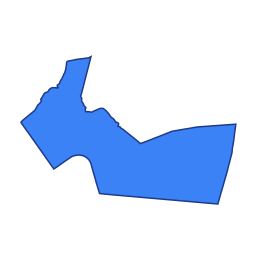 Suba North, Nyanza, Kenya, rotated 185°
{"feature_id": "3690345B53890832325743", "entity_name": "Suba North", "entity_type": "district", "adm_level": 2, "iso_a3": "KEN", "parent_name": "Kenya", "parent_adm1": "Nyanza", "projection": "albers", "projection_center": [34.283, -0.505], "detail": "fine", "context": "isolated", "style": "filled", "palette": "blue", "viewbox_px": 256, "rotation_deg": 185, "n_neighbors": 0, "source": "geoboundaries", "source_scale": "gbopen_adm2", "svg_char_len": 2861}
<svg xmlns="http://www.w3.org/2000/svg" viewBox="0 0 256 256"><g transform="rotate(185 128 128)"><path d="M31.9,60.1L25.5,92.8L24.4,99.6L23.2,106.8L22.3,112.0L22.2,117.3L21.6,124.2L21.3,133.6L20.9,141.2L58.9,135.1L65.0,133.5L70.1,132.2L83.8,128.6L88.2,126.4L98.0,121.5L106.3,117.4L114.1,113.6L132.5,126.0L133.6,126.6L134.6,127.1L135.3,127.4L135.7,128.2L136.5,128.6L138.1,128.7L138.0,129.7L137.7,130.6L137.7,131.4L138.3,132.2L139.3,132.6L140.1,132.8L141.1,132.9L141.5,133.8L142.3,134.9L143.5,136.0L146.0,137.5L147.7,139.7L148.9,141.0L151.2,143.2L154.3,145.3L155.8,145.3L157.2,145.1L158.6,144.5L160.2,143.6L161.1,143.2L162.7,142.3L164.2,141.5L165.2,140.8L166.1,140.4L166.7,140.6L167.5,140.8L168.4,140.8L169.3,140.8L170.2,140.6L171.0,140.5L171.6,140.6L171.7,141.0L171.8,141.5L172.1,142.1L172.3,142.7L172.0,143.6L171.7,144.6L172.2,145.0L172.6,145.4L173.4,146.0L174.0,147.0L174.4,147.9L174.7,148.4L174.9,148.8L175.3,149.1L175.5,149.4L175.8,149.9L176.3,150.5L176.7,151.3L176.6,152.4L176.7,153.0L176.8,153.7L177.0,154.1L177.4,154.5L177.8,155.3L178.1,156.1L177.6,156.8L177.2,159.1L171.1,195.9L173.7,194.3L175.2,194.1L176.7,193.7L178.5,193.3L179.6,193.1L180.5,192.9L181.5,192.7L182.9,192.4L184.4,192.0L185.7,191.8L187.2,191.3L188.2,190.9L189.2,190.6L190.2,190.3L191.5,190.0L193.0,189.6L194.5,188.9L194.9,187.6L194.9,186.1L194.9,184.7L195.0,183.3L195.0,182.2L195.1,181.1L195.5,179.5L195.8,177.9L196.0,177.4L196.2,176.9L196.7,175.8L196.9,174.8L197.5,173.3L197.9,172.2L198.2,171.1L199.1,169.8L199.7,168.3L200.0,167.0L200.6,165.7L201.0,165.4L202.0,164.8L202.2,163.5L201.9,163.2L201.3,162.2L201.7,161.7L202.7,161.7L203.1,161.8L203.4,161.8L204.4,161.8L204.9,161.8L205.5,161.7L206.7,161.6L207.8,161.2L208.1,161.0L208.4,160.8L209.2,160.1L209.9,159.3L210.5,158.1L211.0,157.1L211.9,156.6L212.8,156.3L213.2,156.0L213.6,155.8L214.4,155.1L214.9,154.1L215.1,153.7L215.2,153.4L215.6,152.5L215.8,152.0L216.0,151.5L216.4,150.8L216.8,150.1L217.0,149.5L217.5,148.9L217.3,148.5L216.7,147.7L216.9,146.9L217.4,145.9L218.2,144.8L218.5,144.4L218.8,144.1L219.9,142.9L220.3,142.0L220.7,141.1L221.0,140.4L221.5,139.2L222.0,138.2L222.7,137.1L233.2,126.8L234.2,125.8L235.1,124.2L231.0,119.3L220.5,107.0L198.3,80.7L195.0,83.4L188.3,89.1L186.2,90.8L182.8,93.6L182.2,94.1L181.5,94.6L180.3,95.2L179.1,95.7L178.6,95.9L178.1,96.0L177.2,96.3L176.8,96.4L176.4,96.5L175.1,96.7L173.8,96.8L172.2,96.7L171.5,96.6L171.1,96.6L170.2,96.4L169.3,96.1L168.3,95.7L167.1,95.1L166.1,94.5L165.0,93.6L164.4,93.0L164.1,92.7L163.8,92.4L163.0,91.4L162.4,90.4L161.8,89.2L159.9,84.1L159.1,82.0L158.2,79.5L157.0,76.6L154.8,70.6L153.8,68.2L153.7,67.9L153.5,67.4L153.1,66.3L152.7,65.4L152.4,64.6L152.1,63.8L151.8,63.1L151.4,62.2L151.1,61.4L150.9,60.9L150.6,60.2L138.6,60.1L114.3,60.1L111.6,60.1L109.3,60.1L98.9,60.1L90.8,60.1L70.2,60.1L44.7,60.1L33.0,60.1L31.9,60.1Z" fill="#3b82f6" stroke="#1e3a8a" stroke-width="1.5"/></g></svg>